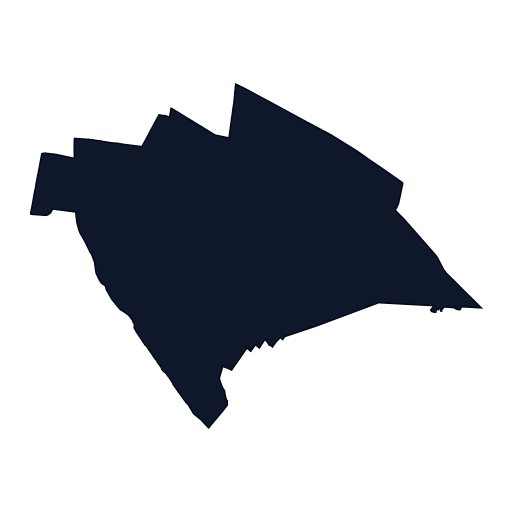 Iztapalapa, Distrito Federal, Mexico (Natural Earth projection)
{"feature_id": "50627088B81383343299942", "entity_name": "Iztapalapa", "entity_type": "district", "adm_level": 2, "iso_a3": "MEX", "parent_name": "Mexico", "parent_adm1": "Distrito Federal", "projection": "natural_earth1", "projection_center": [-99.063, 19.343], "detail": "fine", "context": "isolated", "style": "filled", "palette": "ink", "viewbox_px": 512, "rotation_deg": 0, "n_neighbors": 0, "source": "geoboundaries", "source_scale": "gbopen_adm2", "svg_char_len": 5951}
<svg xmlns="http://www.w3.org/2000/svg" viewBox="0 0 512 512"><path d="M41.8,154.0L41.2,157.0L40.7,159.8L40.5,160.9L39.9,163.9L39.4,166.8L38.7,170.5L38.2,173.0L37.5,176.5L36.9,179.4L36.1,183.6L35.9,185.1L35.6,187.0L35.3,188.7L34.5,192.3L33.2,199.7L32.9,201.7L32.0,206.4L31.3,209.9L30.7,212.9L30.7,213.5L30.9,214.2L32.4,214.4L37.3,214.7L38.1,214.8L39.9,214.9L40.7,215.0L43.6,215.2L44.1,215.3L44.5,215.3L45.6,215.3L46.3,215.3L46.8,215.2L47.8,214.7L48.2,214.6L48.8,214.2L49.6,213.6L49.8,213.4L50.2,213.1L50.8,212.4L51.1,211.8L52.0,210.2L52.1,209.9L52.6,209.0L75.7,212.0L76.7,221.0L77.0,223.1L77.5,224.8L78.7,229.3L80.1,233.1L81.1,234.8L81.8,235.9L85.5,242.6L87.2,246.1L88.1,248.0L89.7,251.4L90.2,252.2L90.5,252.7L91.4,254.0L91.6,254.3L91.8,254.8L92.8,257.5L92.9,257.8L94.4,261.6L94.5,262.1L94.6,262.4L94.6,262.7L94.7,263.2L94.9,265.0L95.3,267.4L95.4,268.5L95.6,269.7L95.6,270.0L95.7,270.5L95.8,271.5L96.0,272.4L96.3,273.6L96.7,274.4L97.7,276.4L98.4,278.2L100.4,281.6L100.9,282.4L101.7,283.3L102.6,284.0L104.4,285.1L105.0,285.6L105.4,286.1L105.5,286.5L105.8,287.3L106.2,289.0L106.5,289.8L106.7,290.3L107.5,291.6L108.4,293.3L111.0,297.9L111.8,299.2L113.1,300.9L115.7,304.0L116.5,305.1L120.0,309.2L120.4,309.6L120.9,310.0L121.3,310.2L122.2,310.7L123.9,311.8L124.9,312.5L126.6,313.7L127.9,314.7L128.8,315.4L129.9,316.7L131.0,318.2L132.6,320.6L132.9,321.1L133.1,321.9L133.2,322.5L133.9,322.5L134.2,324.9L134.7,326.7L134.3,327.0L134.1,327.4L134.2,327.8L134.3,328.0L134.8,329.0L135.3,329.9L136.6,332.3L137.3,333.3L139.0,335.8L141.3,339.3L143.5,342.6L145.3,345.3L145.7,345.0L148.0,348.5L149.4,350.6L150.1,351.5L150.3,351.8L151.6,353.6L153.9,357.2L154.6,358.2L155.3,359.1L156.6,360.6L157.0,361.3L157.3,362.1L157.9,362.9L158.4,363.8L159.5,365.0L159.9,365.6L160.0,365.7L160.6,366.7L161.2,367.4L161.9,369.4L162.4,369.9L163.1,370.9L164.2,372.0L165.3,372.6L165.6,372.9L166.3,373.8L167.6,375.6L168.2,376.5L168.9,377.4L169.6,378.3L170.8,380.2L171.4,381.1L172.1,382.0L172.6,383.0L173.1,384.3L175.3,387.5L180.2,394.4L181.2,395.8L181.9,396.8L184.5,400.4L186.1,402.6L186.8,403.4L187.8,404.2L188.1,404.5L191.4,410.0L193.0,412.7L193.8,413.9L194.9,414.8L200.3,419.1L200.7,419.4L202.8,421.7L208.3,427.6L208.8,427.9L210.9,425.0L212.3,423.4L213.6,421.8L217.9,416.8L220.6,413.5L222.7,411.0L224.2,409.1L227.1,405.3L227.2,405.1L227.3,402.4L227.4,400.8L226.4,399.8L226.0,398.6L225.0,394.2L224.8,393.0L224.8,392.7L224.7,391.3L224.3,390.4L222.3,387.2L220.2,381.5L219.3,378.4L220.0,375.8L220.8,372.9L222.8,366.4L229.1,368.8L230.1,369.3L231.6,370.1L235.3,364.7L242.7,354.1L243.4,353.0L244.1,352.0L244.7,351.1L245.9,349.5L246.9,348.0L250.7,351.3L251.3,350.5L254.2,346.3L255.3,344.8L255.6,345.0L258.0,346.8L259.3,348.0L261.1,345.2L264.7,339.7L264.9,339.1L265.7,340.1L266.1,340.7L266.6,341.2L266.9,341.6L267.3,342.2L268.3,343.5L269.1,345.1L269.4,345.3L269.8,344.7L272.5,347.0L276.6,341.0L277.1,340.4L277.2,340.7L280.4,337.5L282.6,339.6L282.8,339.5L283.2,338.8L284.0,337.5L284.4,336.8L284.7,336.6L316.8,325.8L378.6,302.7L432.5,305.6L433.3,306.7L430.7,310.0L431.5,311.4L431.7,311.5L432.9,311.9L433.9,312.1L435.8,312.3L436.0,310.2L436.4,310.1L436.7,308.0L437.4,308.2L437.1,309.0L438.5,309.7L438.7,308.3L440.8,309.2L440.9,311.2L441.7,311.1L441.5,309.2L442.3,309.2L443.9,307.1L445.5,307.0L454.3,307.7L456.3,309.2L459.0,309.7L459.9,309.8L461.6,306.9L466.5,307.0L481.3,307.9L472.4,299.0L465.0,291.8L455.9,282.6L453.2,279.9L450.3,277.1L446.4,273.3L443.5,269.4L441.1,264.9L437.7,258.1L435.2,254.7L428.4,246.9L420.9,238.4L411.9,228.1L403.4,218.5L397.7,212.8L396.3,211.4L395.6,210.6L395.7,209.3L395.9,208.5L396.6,207.9L398.4,203.9L399.9,197.2L402.4,185.2L402.7,184.2L402.6,182.9L402.2,182.5L381.8,168.2L371.3,161.1L356.4,150.6L344.0,142.9L332.8,136.0L330.9,134.8L304.6,120.8L277.5,106.1L270.3,102.2L262.0,97.8L255.1,94.1L249.1,90.8L244.0,88.1L236.0,84.2L235.7,84.1L235.4,86.9L235.1,90.4L234.9,91.3L234.9,91.5L234.7,94.7L234.4,97.8L234.3,99.0L234.0,100.8L233.9,102.5L233.9,103.3L233.6,104.8L233.4,105.9L233.4,106.3L233.2,107.0L232.8,110.3L232.7,111.0L232.5,112.3L232.3,113.9L232.0,115.9L231.8,117.0L231.3,121.0L231.2,121.9L230.9,123.9L230.7,125.6L230.0,130.1L229.7,132.8L229.4,135.2L229.3,135.8L229.2,136.3L229.2,138.0L227.5,137.6L225.3,137.2L223.2,136.7L222.1,136.5L221.0,136.3L216.7,135.4L215.3,135.1L214.4,134.6L212.2,133.3L207.5,130.4L206.3,129.7L205.1,128.9L203.9,128.2L202.8,127.4L201.9,126.9L200.9,126.3L199.9,125.7L198.6,125.0L197.4,124.2L196.4,123.6L195.3,123.0L194.1,122.2L191.4,120.5L190.3,119.9L188.0,118.5L186.5,117.6L185.2,116.8L184.1,116.1L181.3,114.4L180.0,113.5L179.4,113.2L178.8,112.8L178.5,112.6L177.7,112.1L176.6,111.5L176.3,111.3L175.8,111.0L173.2,109.4L172.1,108.7L171.9,108.6L171.0,108.3L170.7,110.3L170.3,112.7L170.1,114.1L169.7,116.2L169.6,117.5L168.8,116.9L165.1,115.6L164.7,115.5L164.6,115.8L164.1,115.7L163.9,115.7L162.3,115.4L160.4,115.1L159.0,114.8L157.7,117.3L157.2,118.1L156.3,119.8L155.5,121.4L154.8,122.6L154.1,123.8L153.1,125.7L152.1,127.6L150.4,130.8L150.2,131.2L148.9,133.6L148.7,134.0L148.5,134.6L148.1,135.3L141.8,146.8L141.0,146.4L140.2,146.4L137.7,146.1L136.9,146.0L135.1,145.8L128.9,145.0L128.1,144.9L127.7,144.9L123.3,144.3L122.4,144.1L121.5,144.0L120.2,143.8L116.7,143.2L115.6,143.1L115.1,143.1L114.4,143.1L114.0,143.1L112.4,142.9L112.2,142.9L111.6,142.8L110.8,142.7L109.4,142.5L108.5,142.3L103.4,141.6L103.0,141.5L101.9,141.2L99.0,140.7L98.7,140.7L98.0,140.7L97.3,140.6L96.3,140.5L94.6,140.2L93.7,140.0L93.1,139.9L92.9,139.9L92.5,139.8L91.8,139.8L91.1,139.7L90.4,139.6L89.5,139.5L89.0,139.4L88.4,139.3L87.3,139.3L85.5,139.2L83.7,139.0L79.7,138.8L78.5,138.7L74.5,138.4L74.3,141.2L74.2,144.8L74.2,145.3L74.2,148.9L74.3,158.4L74.0,158.3L72.7,158.0L71.8,157.8L69.6,157.4L68.1,157.0L67.0,156.8L65.9,156.6L65.2,156.4L64.6,156.3L63.9,156.1L63.6,156.0L62.0,155.8L61.6,155.6L59.6,155.2L57.8,154.8L56.9,154.6L56.3,154.5L53.5,154.1L52.9,154.1L52.0,154.0L50.5,153.8L45.1,153.1L42.9,153.4L41.9,153.6L41.8,154.0Z" fill="#0f172a" stroke="#020617" stroke-width="1.5"/></svg>